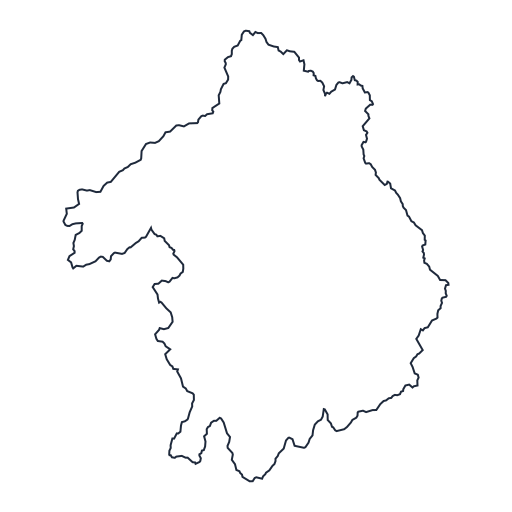 Huarochiri, Lima, Peru (Natural Earth projection)
{"feature_id": "86281439B90649514172231", "entity_name": "Huarochiri", "entity_type": "district", "adm_level": 2, "iso_a3": "PER", "parent_name": "Peru", "parent_adm1": "Lima", "projection": "natural_earth1", "projection_center": [-76.426, -11.934], "detail": "fine", "context": "isolated", "style": "outline", "palette": "slate", "viewbox_px": 512, "rotation_deg": 0, "n_neighbors": 0, "source": "geoboundaries", "source_scale": "gbopen_adm2", "svg_char_len": 5994}
<svg xmlns="http://www.w3.org/2000/svg" viewBox="0 0 512 512"><path d="M305.4,447.2L308.5,442.7L309.7,438.9L312.5,435.4L313.1,430.2L314.8,424.6L317.9,421.3L321.0,419.7L322.7,416.6L323.8,409.1L324.8,409.4L327.6,414.4L327.7,420.0L330.9,423.4L332.0,426.8L333.2,427.3L335.2,430.3L336.6,431.1L344.2,429.2L347.0,427.0L350.9,422.5L352.4,419.9L356.3,417.7L357.5,415.7L357.7,412.4L358.3,411.7L363.0,410.7L366.1,412.1L372.5,410.1L376.3,410.0L380.3,404.1L383.6,401.0L386.1,400.4L388.7,398.3L391.3,397.9L392.6,396.1L394.8,394.9L397.3,395.2L400.0,394.2L401.0,391.7L403.1,391.0L403.3,389.2L405.4,385.5L409.2,384.6L412.5,387.5L413.8,386.3L417.5,385.5L417.3,380.4L418.6,377.6L418.0,375.3L417.8,374.7L414.7,373.4L412.6,367.0L410.7,363.2L413.8,358.1L416.1,356.5L417.5,354.2L419.1,353.6L422.7,350.1L416.3,338.9L418.7,335.5L420.8,329.2L422.9,330.4L424.6,328.1L427.8,327.3L432.0,320.5L436.4,318.6L437.5,317.6L437.4,313.9L438.2,310.3L440.6,308.2L440.6,306.0L442.0,302.9L441.3,300.7L441.8,298.5L442.5,297.7L446.1,296.8L446.7,295.8L445.7,293.3L445.8,290.9L445.0,288.6L446.0,285.2L448.5,284.8L448.3,283.0L445.5,280.2L440.1,280.0L437.8,275.9L430.0,269.7L429.2,266.6L426.8,263.8L424.4,262.8L424.1,260.5L424.7,258.4L423.3,257.7L424.0,254.6L423.8,253.0L422.5,251.5L423.1,250.0L422.1,246.5L422.6,245.5L425.3,244.5L425.6,240.5L424.7,239.8L424.8,235.6L422.9,233.1L422.0,230.2L415.6,225.3L413.9,222.5L411.4,221.2L409.0,216.6L407.5,215.6L406.0,210.1L403.5,207.6L402.8,206.0L402.7,204.1L400.9,201.4L400.1,198.1L397.8,194.6L396.2,192.9L395.0,190.5L391.0,188.3L390.2,183.6L388.0,181.7L387.5,181.6L386.8,183.9L384.7,185.0L379.4,179.7L378.8,178.2L375.6,174.9L375.9,172.5L375.0,169.8L372.2,167.0L370.7,164.2L369.1,163.2L366.0,163.6L365.2,162.8L363.6,158.3L364.3,156.0L363.6,154.4L363.3,149.6L361.7,146.5L361.6,145.2L363.5,141.9L365.5,142.3L366.0,141.8L367.0,138.7L366.0,134.9L367.4,132.8L366.6,131.4L363.9,130.2L362.7,126.2L369.4,118.4L368.4,115.8L368.4,114.3L365.1,111.0L365.8,108.6L370.2,104.7L372.5,104.8L373.0,104.1L371.8,101.3L369.9,100.1L369.8,95.3L368.4,92.7L367.6,92.1L364.9,92.5L362.7,88.4L362.4,85.9L360.7,85.5L359.2,84.3L357.6,84.5L357.7,81.9L356.4,80.6L354.8,80.2L353.9,76.7L353.0,76.1L351.6,77.4L351.4,79.9L349.5,83.3L347.2,82.1L342.5,83.3L339.5,82.2L338.4,82.5L336.4,84.9L335.0,89.5L331.2,91.7L329.4,93.8L327.0,92.7L326.0,93.6L325.0,96.2L325.1,94.0L323.4,90.0L324.1,86.3L322.3,82.6L320.4,80.8L318.1,81.0L317.0,80.3L315.9,78.3L315.4,75.9L313.6,75.3L313.7,73.1L312.8,71.6L310.8,70.7L308.7,71.0L308.1,71.7L303.8,70.7L304.4,64.3L303.5,60.3L300.0,61.5L299.0,60.0L299.0,57.6L294.3,51.8L289.9,51.3L286.9,50.3L283.3,54.1L280.7,51.6L278.6,50.5L277.8,47.1L273.8,46.5L268.5,44.7L266.5,42.0L265.5,38.8L263.3,35.2L261.2,33.0L257.8,33.1L255.4,32.0L252.9,35.1L249.9,32.8L249.3,31.2L245.8,30.7L244.0,31.4L241.8,34.7L241.3,40.1L240.2,40.8L237.7,45.5L234.2,46.8L232.4,48.7L231.8,50.7L231.8,54.1L231.0,56.2L228.0,57.1L224.8,59.7L224.7,61.2L225.7,63.0L225.8,64.3L224.4,67.6L228.2,76.5L228.1,79.6L225.9,83.2L223.6,83.9L220.9,89.2L220.4,91.9L218.7,95.3L219.3,103.5L212.4,108.0L212.2,110.2L213.3,111.7L212.7,113.3L207.1,114.2L205.1,116.0L202.8,115.6L201.3,116.2L198.4,119.6L198.0,122.2L197.2,123.1L189.1,123.4L183.9,126.4L179.0,125.2L176.3,125.5L170.1,131.6L165.5,132.3L163.4,136.2L158.8,141.2L155.0,142.9L150.1,142.5L146.0,144.0L141.6,151.0L141.2,158.4L140.7,159.8L135.3,162.7L130.7,164.2L127.8,167.0L124.4,168.5L122.9,170.2L119.2,171.8L110.8,181.9L107.2,182.6L103.6,185.9L100.4,191.8L96.2,192.1L89.8,190.1L86.9,190.6L82.1,189.4L79.5,189.8L77.9,190.8L77.5,192.3L78.0,199.2L79.1,203.9L74.0,207.5L66.2,208.6L66.8,213.8L63.6,220.6L63.5,221.5L65.4,225.0L67.3,225.9L69.5,226.0L72.4,224.2L75.8,223.4L82.2,223.0L82.7,223.8L81.7,226.0L81.7,230.8L79.4,233.0L75.7,234.9L74.7,239.9L73.4,243.0L73.9,246.1L73.2,249.3L74.6,251.1L74.6,252.8L69.5,256.1L67.9,259.9L71.1,262.4L72.5,267.3L73.2,268.4L76.4,265.8L83.2,266.6L86.2,264.7L89.4,264.1L95.5,261.3L99.0,257.6L100.8,256.6L102.8,256.9L106.9,260.8L109.3,261.3L110.7,259.4L111.0,256.2L113.9,253.1L115.0,252.6L122.0,253.9L124.6,253.0L127.3,249.1L129.5,247.3L130.6,247.4L135.8,243.0L138.6,241.3L141.7,237.8L144.9,237.6L146.0,236.8L151.0,227.9L151.4,229.6L154.6,234.1L156.3,234.7L157.4,236.3L160.4,235.9L164.2,238.3L164.7,240.9L169.0,245.2L169.6,247.2L171.5,247.9L173.0,249.8L174.2,250.0L174.5,251.1L173.3,253.7L173.7,254.7L177.0,257.3L183.2,264.7L183.3,268.6L182.8,271.9L180.5,273.6L179.5,275.6L177.5,277.4L174.2,278.3L172.5,277.9L169.5,281.7L168.2,282.3L165.6,281.1L161.8,280.6L158.4,283.7L154.6,284.0L152.7,287.1L157.5,294.5L158.0,298.6L159.1,302.6L160.3,301.8L161.5,302.5L166.3,308.3L170.7,312.4L172.2,317.2L172.6,321.8L168.3,328.0L163.9,329.2L159.7,328.1L159.1,329.8L155.1,334.3L156.4,338.8L157.8,341.0L162.6,341.7L164.4,343.5L165.7,346.3L170.2,349.3L165.2,354.2L166.7,359.2L170.2,365.0L172.4,366.4L173.3,368.9L177.9,369.4L177.2,371.5L181.0,378.4L183.0,386.6L185.8,388.5L187.2,391.1L192.6,393.3L193.8,394.7L193.9,400.0L192.1,403.4L192.2,406.5L189.7,412.2L188.0,418.5L187.5,419.5L184.9,421.3L181.9,422.1L181.0,425.5L180.4,431.7L178.2,433.5L176.8,433.4L174.1,438.6L172.4,438.5L170.6,445.2L170.7,448.0L169.4,450.7L169.2,454.5L169.5,455.2L170.7,455.2L171.9,457.3L174.8,457.8L176.3,456.6L181.8,455.9L185.6,457.7L187.7,457.7L192.6,462.2L195.2,462.5L195.6,463.8L199.5,462.0L200.3,461.0L200.8,458.2L199.4,455.6L199.4,454.3L201.3,453.2L201.9,450.6L203.8,450.1L205.1,446.5L205.5,441.5L204.1,436.3L206.9,433.8L206.7,429.2L207.9,427.1L209.9,426.0L211.1,422.7L213.9,420.8L216.3,420.8L219.7,417.8L221.1,418.5L223.7,422.5L227.0,433.3L230.0,437.0L229.2,441.9L227.5,445.9L227.7,447.9L232.4,453.0L232.8,454.6L231.8,459.8L235.0,464.2L236.4,470.0L239.4,471.2L240.2,473.0L242.0,474.6L242.5,476.9L249.7,481.3L252.7,481.2L254.7,478.0L256.3,477.3L262.1,478.7L263.1,476.3L265.3,474.2L266.0,472.7L269.3,470.4L272.5,465.8L274.4,464.1L275.5,461.1L275.5,458.7L277.7,456.1L278.8,453.3L283.7,448.6L286.0,440.5L288.4,437.8L289.2,437.6L292.5,439.2L294.6,445.8L304.0,447.8L305.4,447.2Z" fill="none" stroke="#1e293b" stroke-width="2"/></svg>